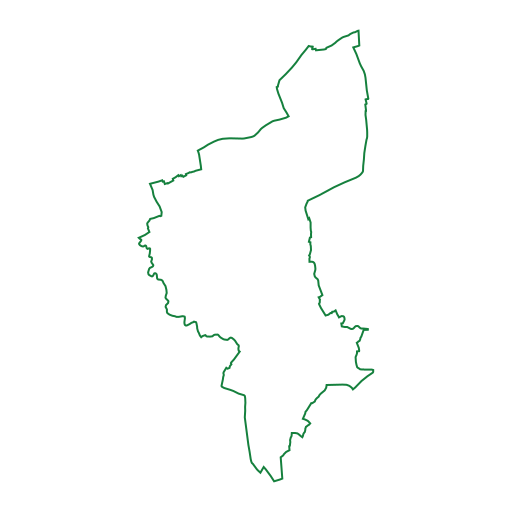 Mueang Sing Buri, Sing Buri, Thailand
{"feature_id": "78962969B52977923658609", "entity_name": "Mueang Sing Buri", "entity_type": "district", "adm_level": 2, "iso_a3": "THA", "parent_name": "Thailand", "parent_adm1": "Sing Buri", "projection": "natural_earth1", "projection_center": [100.401, 14.906], "detail": "fine", "context": "isolated", "style": "outline", "palette": "green", "viewbox_px": 512, "rotation_deg": 0, "n_neighbors": 0, "source": "geoboundaries", "source_scale": "gbopen_adm2", "svg_char_len": 6064}
<svg xmlns="http://www.w3.org/2000/svg" viewBox="0 0 512 512"><path d="M358.5,30.7L357.6,30.9L355.1,32.2L353.4,32.5L350.3,34.0L348.5,35.4L343.4,37.0L342.0,37.7L338.2,40.3L336.5,41.6L335.3,42.8L331.6,45.5L326.4,47.8L326.1,48.7L325.7,49.1L323.9,49.5L316.0,50.3L315.6,48.8L312.6,49.3L312.2,49.2L312.2,48.1L312.8,46.8L312.7,46.6L310.6,46.5L308.7,46.0L305.6,50.0L301.5,54.9L296.2,62.4L291.8,67.7L285.7,74.2L279.5,80.2L277.9,85.7L277.9,86.6L276.7,87.1L277.0,89.0L278.4,93.6L282.1,102.9L283.7,108.1L286.6,112.7L288.6,116.3L286.0,117.7L279.5,119.6L274.3,120.7L272.5,121.3L266.0,125.2L262.3,127.8L260.9,129.0L258.0,132.5L254.4,135.8L252.7,136.6L251.0,137.1L244.0,138.5L242.3,138.6L229.7,138.3L222.6,138.8L218.1,139.9L214.0,141.6L208.1,144.6L203.8,147.4L197.8,150.6L198.5,152.5L199.1,154.7L200.8,165.7L201.2,169.3L195.5,170.8L194.1,171.5L192.3,171.9L190.9,172.4L189.6,172.3L188.8,172.9L185.9,174.1L186.2,175.3L183.3,176.8L182.4,175.6L181.3,176.2L180.8,175.1L178.9,176.2L178.3,175.2L175.5,177.3L172.8,178.8L173.3,180.5L167.9,183.5L167.5,183.1L164.8,184.0L163.9,181.3L162.7,181.6L162.2,180.3L158.5,181.6L150.0,183.8L152.6,190.0L153.4,194.7L154.1,196.9L156.6,201.7L159.6,206.4L161.7,212.1L161.3,215.8L160.2,216.2L159.6,215.9L159.3,215.9L153.8,218.1L150.2,218.9L149.4,220.6L147.6,222.7L147.2,223.7L147.5,225.5L148.3,227.2L147.9,228.3L149.4,232.0L144.9,235.0L138.8,237.8L139.7,238.7L141.1,239.6L141.3,239.9L141.2,240.6L140.8,241.2L139.1,243.4L139.2,244.2L139.9,245.1L141.4,246.1L143.0,246.5L143.7,246.3L145.0,245.5L145.5,245.5L146.1,246.0L146.7,248.2L147.4,248.8L147.6,248.9L148.7,248.4L149.3,248.3L149.8,248.4L150.1,248.8L150.1,250.3L149.8,253.3L149.1,256.3L149.5,256.9L151.3,257.3L151.8,257.7L152.0,259.1L151.2,261.6L151.6,262.7L153.2,264.9L153.3,265.3L152.9,266.3L151.9,267.0L149.9,267.9L149.1,269.0L148.1,272.4L148.5,274.3L148.9,274.8L149.8,275.4L151.5,276.3L152.1,276.4L153.0,275.8L154.2,273.5L155.0,273.2L155.7,273.4L156.4,274.0L156.8,275.0L157.1,278.3L157.4,278.9L158.2,279.5L161.0,279.8L162.1,280.4L162.7,281.1L163.6,283.2L165.5,286.1L166.4,289.9L166.7,293.0L165.8,295.7L165.5,297.6L165.9,298.5L168.1,300.7L168.4,301.2L168.1,303.0L166.0,305.1L165.6,306.9L166.9,309.4L166.9,311.8L167.0,312.3L167.4,313.1L169.0,314.3L170.1,314.9L172.5,315.8L174.8,316.2L176.6,316.9L178.6,316.9L182.4,316.2L183.4,316.3L184.6,316.6L184.8,317.0L184.9,318.4L184.4,322.1L184.5,323.8L184.9,324.9L185.8,325.5L186.5,325.5L187.2,325.3L189.6,324.1L191.5,322.8L193.0,322.3L194.0,321.6L194.6,321.9L195.9,322.1L196.4,323.1L197.1,326.6L197.2,328.4L198.0,331.4L198.8,332.8L199.9,335.5L201.2,337.2L202.5,336.1L205.3,335.1L205.6,335.3L206.3,336.2L207.0,336.5L210.1,336.6L212.4,336.3L213.8,335.1L214.9,334.7L217.7,334.6L218.3,335.0L219.8,336.8L220.9,337.7L223.2,339.1L224.3,339.5L227.3,339.9L228.3,339.4L229.4,338.3L230.4,337.7L231.1,337.7L232.0,338.0L233.9,339.5L235.1,340.8L237.2,344.1L238.6,345.3L238.8,346.2L238.4,348.3L238.5,349.9L238.9,351.0L239.7,351.6L234.0,359.4L231.2,362.5L230.9,363.2L231.4,364.3L229.9,366.1L229.5,367.9L227.5,368.7L226.3,367.8L223.7,372.1L223.4,373.1L223.8,375.0L223.2,377.0L222.9,379.3L221.5,386.0L222.0,386.8L224.2,388.0L230.4,389.9L233.4,391.0L238.6,393.6L244.0,395.2L244.7,395.8L244.9,396.3L245.2,398.2L245.4,402.8L245.1,406.9L245.2,410.8L244.8,417.4L248.4,445.0L249.6,451.8L250.7,459.1L251.3,461.6L251.9,463.0L252.9,463.9L256.8,469.2L257.8,470.3L260.4,472.7L263.7,467.0L265.8,469.4L270.7,476.0L274.1,481.3L279.7,479.6L282.3,478.6L280.7,457.3L283.2,455.4L283.9,454.2L286.2,451.9L289.5,450.2L289.2,446.2L289.7,446.0L289.9,445.4L290.3,442.0L290.1,440.1L290.8,437.4L291.4,436.5L291.6,435.7L291.8,433.0L295.1,433.0L297.4,433.4L298.6,434.2L300.7,436.0L302.3,437.2L302.9,436.0L303.4,433.9L304.2,432.6L304.8,432.0L305.3,429.9L305.3,428.8L306.0,426.8L306.8,426.3L308.0,425.3L309.1,424.7L310.2,423.4L308.2,421.2L307.1,420.5L305.0,419.5L302.9,418.8L305.2,413.5L305.5,411.8L306.8,410.3L311.3,403.1L312.2,403.2L314.8,401.5L315.3,400.1L315.9,399.2L316.8,398.2L318.7,396.6L319.3,395.3L320.6,393.8L324.7,390.4L326.2,387.7L326.6,385.0L342.6,384.6L346.6,384.8L349.0,385.7L350.4,386.6L351.9,387.9L352.9,389.4L355.2,387.5L361.5,381.0L367.5,376.2L372.7,372.7L373.0,372.3L373.2,371.7L373.2,370.0L371.8,369.6L364.2,369.6L363.3,369.4L362.2,369.5L360.2,369.3L358.6,368.2L357.7,367.7L357.2,367.2L356.5,364.9L355.9,361.9L355.6,357.3L355.8,356.5L356.4,355.2L357.0,353.3L357.0,351.4L359.1,351.2L359.2,350.6L358.8,347.9L356.8,342.8L357.8,342.1L358.2,341.6L359.6,340.8L360.2,339.3L360.5,337.8L361.3,336.6L363.6,330.1L364.3,329.9L367.8,329.8L367.9,329.1L367.1,328.9L362.8,328.5L361.1,328.5L359.9,327.8L358.4,326.3L357.6,326.0L355.9,326.1L354.9,326.8L353.8,328.1L353.2,328.6L352.6,328.9L351.6,329.0L350.8,328.9L347.2,327.0L344.8,327.0L341.8,326.4L341.3,323.5L342.8,323.3L344.3,320.4L344.6,319.3L344.4,317.8L344.0,316.8L343.7,316.5L343.1,316.2L341.5,316.1L339.0,317.4L338.4,316.2L337.2,314.2L335.6,310.4L333.9,311.6L332.2,311.8L331.7,313.1L330.5,313.0L328.4,314.7L325.6,315.5L320.9,307.9L319.2,304.4L319.0,303.8L319.7,302.7L319.8,301.7L319.8,300.3L320.0,299.7L318.7,297.3L319.9,296.9L322.4,295.1L318.7,285.4L318.2,280.5L317.6,279.2L315.5,277.4L314.8,276.4L314.2,273.9L315.3,270.0L315.4,268.6L315.1,265.8L314.7,264.0L314.1,262.8L313.1,262.0L311.9,261.7L309.5,261.8L309.4,258.7L309.8,257.6L309.8,256.9L309.7,256.3L309.1,255.5L309.8,254.4L311.0,250.1L310.8,246.0L310.3,244.2L310.4,242.3L308.9,241.8L309.9,237.6L311.1,237.2L311.0,234.1L311.2,232.0L310.8,230.5L310.6,227.7L310.6,222.5L309.2,218.2L308.3,219.2L305.6,210.6L305.2,207.4L306.5,203.8L307.6,201.6L307.8,200.7L319.1,195.3L334.1,187.2L344.7,182.3L355.9,177.7L358.7,176.1L360.5,174.6L361.9,173.0L362.7,171.9L363.0,171.1L363.2,165.8L363.9,159.4L364.3,153.1L365.4,145.9L366.5,139.7L367.0,138.1L367.2,136.5L367.2,132.5L367.1,129.9L366.2,120.1L365.5,114.9L365.6,111.3L365.6,111.1L366.0,111.0L366.0,110.2L365.3,104.5L366.5,103.9L366.6,103.6L365.6,99.4L366.1,99.2L368.1,99.0L368.3,98.7L366.8,90.3L365.5,77.8L364.9,74.4L363.7,70.9L361.1,66.2L359.8,63.4L356.4,54.1L353.3,47.4L358.2,46.0L359.3,45.5L358.5,30.7Z" fill="none" stroke="#15803d" stroke-width="2"/></svg>